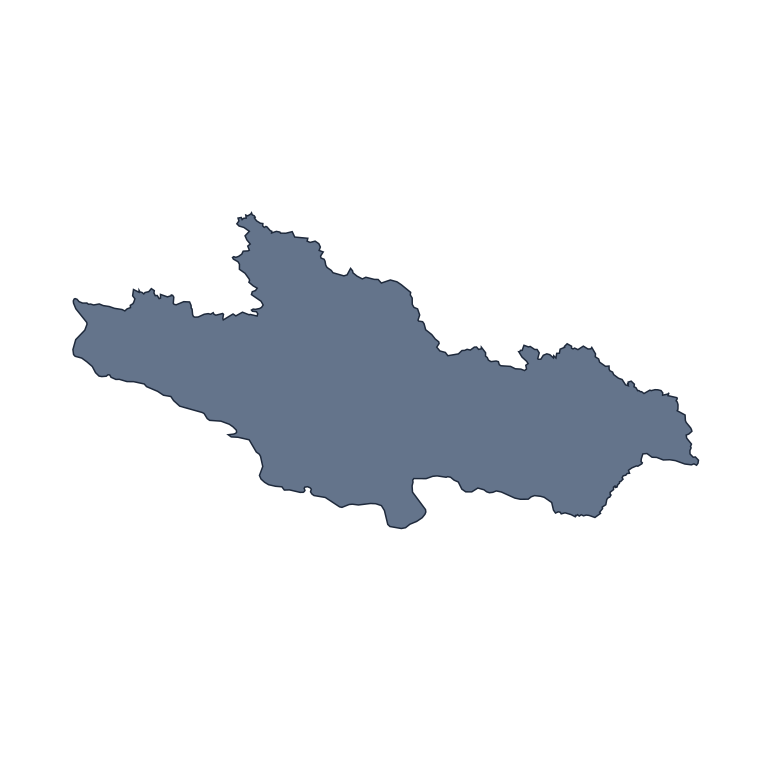 outline of Hpapun, Kayin, Myanmar, rotated 126°
{"feature_id": "60261553B97076149795033", "entity_name": "Hpapun", "entity_type": "district", "adm_level": 2, "iso_a3": "MMR", "parent_name": "Myanmar", "parent_adm1": "Kayin", "projection": "orthographic", "projection_center": [97.331, 18.069], "detail": "fine", "context": "isolated", "style": "filled", "palette": "slate", "viewbox_px": 768, "rotation_deg": 126, "n_neighbors": 0, "source": "geoboundaries", "source_scale": "gbopen_adm2", "svg_char_len": 6158}
<svg xmlns="http://www.w3.org/2000/svg" viewBox="0 0 768 768"><g transform="rotate(126 384 384)"><path d="M333.2,597.4L335.6,599.6L337.4,597.2L340.9,597.2L341.4,594.1L339.7,589.4L339.6,582.7L345.8,583.5L348.0,579.7L349.4,574.5L352.5,575.3L354.9,571.6L356.3,572.3L359.3,576.0L362.6,575.4L366.3,576.7L368.6,578.3L369.3,580.4L370.7,580.9L371.5,579.2L370.9,574.0L372.0,571.4L376.2,568.4L376.1,561.5L378.4,554.6L379.3,553.6L381.1,553.1L381.5,547.5L381.0,542.9L383.9,542.9L386.8,544.8L389.6,543.8L389.3,532.2L391.1,528.2L394.0,528.1L396.0,529.0L399.2,531.9L400.3,533.9L402.1,534.7L402.5,533.2L400.5,529.6L401.4,527.4L403.6,526.6L406.4,533.2L407.3,533.8L409.1,540.7L416.0,543.9L416.1,547.3L426.6,551.7L425.6,553.0L422.0,554.8L421.8,556.0L427.2,560.5L427.5,562.6L426.7,564.1L429.5,565.3L430.4,567.6L433.3,570.5L439.0,573.7L441.1,576.3L441.4,577.8L440.4,579.6L436.2,583.3L435.9,584.6L433.8,586.3L431.9,589.5L435.1,594.4L442.1,598.7L442.9,600.6L442.6,601.9L437.3,605.1L436.5,607.1L437.0,608.4L437.7,608.1L440.8,610.4L442.9,617.5L445.9,615.3L447.1,616.1L445.7,619.5L447.0,621.0L445.6,623.6L443.5,624.7L443.6,628.3L447.6,628.6L450.4,631.1L452.3,631.3L452.2,633.7L453.0,635.5L452.2,637.2L453.8,636.1L454.8,642.2L460.4,639.2L461.5,635.6L464.3,634.7L466.5,634.3L469.5,635.5L471.2,634.0L474.2,636.0L477.2,636.6L477.7,639.7L481.2,646.5L482.8,651.8L485.6,657.2L486.6,661.4L490.7,665.3L491.8,668.4L493.2,669.9L493.1,671.9L495.7,675.4L496.6,679.1L495.9,682.2L496.5,684.1L497.4,684.6L499.4,684.2L501.1,682.7L504.3,677.5L508.9,660.7L510.2,659.4L516.3,657.7L529.3,659.5L539.0,655.9L542.5,652.6L542.9,651.5L543.1,650.1L540.7,643.8L540.7,637.5L541.3,630.3L544.4,624.0L545.1,619.2L543.9,616.7L541.0,613.3L538.7,612.7L537.9,611.2L539.0,608.8L537.9,603.6L535.8,600.9L533.1,593.3L529.3,588.0L524.9,578.0L525.7,574.6L523.0,562.8L522.7,555.8L519.4,549.1L521.1,544.4L522.0,536.2L513.9,514.3L513.6,512.2L515.9,506.7L515.9,503.7L509.9,494.1L507.5,485.5L507.4,481.0L508.1,476.4L509.6,474.9L511.1,475.0L513.0,476.3L516.6,480.2L516.6,476.5L512.9,470.8L508.4,460.3L514.1,447.3L514.1,443.6L515.1,441.4L522.0,433.6L531.2,431.0L533.2,427.6L533.7,422.8L533.3,418.2L530.5,411.6L527.2,406.2L528.4,402.3L525.2,398.2L521.0,388.2L519.1,385.7L517.9,385.3L516.5,385.4L515.4,387.2L514.1,387.5L512.0,385.5L511.4,382.7L511.9,380.9L514.4,380.1L515.4,377.6L515.4,375.1L510.3,364.8L509.5,347.7L508.5,345.5L502.0,341.4L499.8,338.9L496.9,333.6L488.6,324.7L485.7,320.3L483.9,314.6L486.1,309.3L495.4,298.4L495.8,295.4L490.7,285.0L487.6,282.1L482.2,280.6L475.8,276.7L469.7,274.5L465.3,274.3L463.0,274.9L461.2,276.6L454.7,297.4L449.9,301.4L446.4,302.8L444.9,304.3L443.0,304.3L435.8,294.3L430.0,290.3L427.1,287.0L422.9,278.9L421.5,278.0L420.3,275.3L420.6,270.8L419.6,266.3L423.3,259.3L423.2,254.5L419.7,249.6L413.0,246.9L410.8,240.9L410.9,237.6L410.0,234.8L407.7,232.3L404.5,230.3L402.4,225.6L399.4,211.1L397.1,205.9L392.4,199.6L388.7,198.6L385.8,196.6L382.8,191.3L381.5,187.8L381.3,178.7L386.4,172.8L387.6,169.4L385.0,167.9L384.2,166.1L384.9,164.3L381.8,161.8L379.7,155.9L379.0,151.3L377.7,151.7L377.5,150.9L376.0,150.7L376.1,148.4L373.8,147.6L373.4,145.1L371.2,143.4L369.8,140.9L368.0,134.9L361.4,132.8L361.0,134.2L356.4,133.9L355.3,135.1L351.3,133.6L346.4,135.9L343.8,135.7L343.0,134.9L340.4,135.1L340.5,136.0L338.7,137.4L334.5,136.2L332.6,137.7L330.8,137.2L330.5,136.2L331.6,136.4L331.7,135.9L330.4,134.9L327.9,135.7L326.0,135.2L324.6,136.0L323.8,135.2L320.5,134.7L319.8,136.3L317.6,136.5L315.7,134.8L313.5,134.7L311.9,132.9L310.1,135.5L306.2,134.2L301.9,131.6L301.3,130.3L297.0,128.5L295.9,128.7L295.7,130.4L293.2,131.9L288.4,133.5L285.7,130.4L285.7,124.1L283.1,120.2L281.3,113.4L277.3,108.3L274.7,103.2L271.9,93.6L268.7,87.8L266.4,86.3L266.0,83.4L263.5,83.4L260.8,84.8L260.0,89.2L261.5,90.8L260.7,95.3L258.0,97.4L255.2,98.0L254.4,99.3L251.9,99.9L249.9,107.3L247.7,109.5L245.3,108.0L241.3,107.1L240.4,108.1L239.3,110.0L237.5,116.9L236.4,118.7L232.1,122.2L233.3,131.1L231.6,131.4L227.9,134.0L226.2,136.2L225.9,137.8L223.6,138.1L222.9,139.0L226.5,147.4L223.6,148.3L225.2,148.4L229.3,152.0L227.3,153.3L226.5,156.0L227.7,159.0L229.3,161.4L232.3,163.9L232.7,165.3L238.9,168.1L238.8,171.1L239.5,172.0L239.5,174.0L240.3,174.9L238.9,178.0L239.3,180.1L237.0,181.3L236.4,185.7L239.0,187.6L240.4,186.4L240.6,186.9L241.8,185.3L242.7,188.1L240.4,194.0L241.5,197.7L241.4,203.7L240.0,206.1L240.5,209.0L239.8,210.5L237.2,212.5L239.5,215.2L239.6,222.4L237.6,225.1L237.8,229.1L235.3,230.6L232.3,237.4L234.0,237.3L235.8,239.6L236.2,245.0L242.2,247.3L242.9,250.9L244.5,251.7L244.8,253.3L243.2,254.5L243.8,259.5L247.6,260.1L248.1,259.4L252.3,262.0L256.0,260.2L257.7,262.3L261.9,260.2L261.4,263.3L263.3,262.3L262.8,267.1L263.9,270.0L267.1,272.0L271.8,271.7L273.3,273.7L273.2,274.5L267.6,276.7L266.1,280.4L267.5,282.4L267.7,287.8L269.1,288.9L270.4,293.5L275.6,292.0L276.6,293.4L278.3,293.2L278.7,293.9L281.1,288.2L281.8,281.9L282.8,279.4L285.5,280.3L288.1,277.5L290.5,278.2L291.5,282.0L294.5,286.7L295.4,292.0L300.5,300.1L300.6,302.1L298.7,304.6L299.5,306.8L303.0,310.6L303.3,313.6L301.9,316.0L301.8,318.2L299.0,320.2L297.0,326.9L298.4,326.0L300.4,327.8L299.7,330.9L301.1,332.6L305.8,334.1L307.1,337.2L309.3,338.4L311.1,340.6L315.9,341.5L323.6,349.0L322.4,352.9L324.4,358.2L323.2,363.0L318.9,363.2L317.7,364.5L317.5,369.0L316.0,374.2L315.6,382.2L311.7,387.0L310.9,389.4L312.7,392.9L312.4,394.0L307.2,395.7L303.5,401.0L304.4,404.8L303.0,407.9L297.9,411.7L296.5,415.1L294.2,416.3L293.5,428.4L293.7,433.6L296.1,440.0L303.9,445.5L302.9,450.2L305.1,453.4L308.3,461.4L311.7,463.3L312.6,469.2L312.3,474.4L310.9,476.0L310.1,479.0L317.4,478.0L320.1,480.0L324.0,490.7L323.1,493.4L323.2,498.6L322.1,501.0L319.3,503.9L318.3,505.8L319.1,509.0L317.8,510.5L312.9,510.8L314.1,515.0L310.6,516.0L308.8,519.2L308.9,523.7L312.9,527.0L313.6,530.2L310.9,531.3L317.6,542.6L314.7,547.8L319.8,552.1L322.8,556.4L322.3,557.5L323.8,560.8L327.9,563.7L326.4,564.5L326.8,566.2L325.7,571.1L326.0,572.2L327.7,572.9L327.4,575.1L325.4,576.3L326.6,578.5L326.9,583.0L325.8,586.5L324.8,586.2L324.2,587.9L324.6,590.1L323.4,591.8L324.8,591.7L328.1,593.1L328.6,595.1L330.7,593.0L332.5,595.0L334.4,595.4L333.2,597.4Z" fill="#64748b" stroke="#1e293b" stroke-width="1.5"/></g></svg>